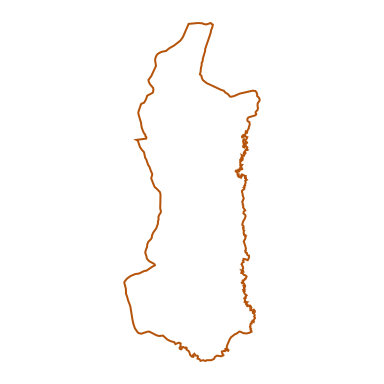 outline of Samfya, Luapula, Zambia
{"feature_id": "96606910B51649803270254", "entity_name": "Samfya", "entity_type": "district", "adm_level": 2, "iso_a3": "ZMB", "parent_name": "Zambia", "parent_adm1": "Luapula", "projection": "robinson", "projection_center": [29.71, -11.747], "detail": "fine", "context": "isolated", "style": "outline", "palette": "amber", "viewbox_px": 384, "rotation_deg": 0, "n_neighbors": 0, "source": "geoboundaries", "source_scale": "gbopen_adm2", "svg_char_len": 6065}
<svg xmlns="http://www.w3.org/2000/svg" viewBox="0 0 384 384"><path d="M188.6,23.9L183.0,36.9L180.4,40.6L174.0,45.6L169.2,48.3L166.1,50.9L161.9,51.8L159.3,52.9L157.1,54.5L155.9,56.7L155.2,58.9L155.2,60.9L156.0,65.9L151.2,76.2L148.5,79.8L148.6,81.2L149.8,84.0L153.1,87.9L153.4,89.4L153.1,91.9L152.5,92.9L147.2,95.7L146.1,99.1L144.2,102.6L141.4,103.8L140.9,104.5L138.5,111.6L138.3,112.6L138.5,114.3L141.0,122.7L141.6,127.2L143.0,131.1L144.2,133.5L145.2,134.5L145.4,136.1L146.4,137.3L146.2,138.6L136.4,139.9L137.5,140.5L138.1,141.5L140.0,147.1L142.0,150.0L144.0,152.2L145.2,157.8L146.3,159.5L148.1,164.9L149.4,166.7L151.2,171.8L152.1,173.4L152.2,174.8L151.2,178.3L153.5,184.3L154.8,187.2L156.4,188.4L160.0,192.2L160.5,194.7L160.2,208.3L160.8,210.8L160.8,212.5L159.0,215.2L158.4,217.0L158.6,219.1L158.0,221.5L157.9,223.7L156.3,228.3L153.1,232.8L152.0,235.5L151.8,237.6L151.0,239.1L148.4,241.7L147.3,244.1L147.0,247.2L146.0,249.4L145.2,252.6L146.4,256.2L146.8,258.4L147.1,258.9L149.2,261.2L153.8,263.7L154.7,264.5L154.9,265.3L152.0,266.9L146.4,270.7L144.5,270.9L138.8,273.6L135.4,274.0L130.6,276.0L126.9,278.7L124.4,281.9L124.3,282.8L125.9,288.9L126.0,293.7L127.1,296.6L128.0,300.1L130.3,306.2L132.3,318.7L133.3,323.7L134.9,328.3L137.5,332.1L138.6,333.1L141.3,333.7L147.4,331.7L149.3,331.6L156.5,335.3L159.0,336.0L163.0,335.6L167.3,339.5L170.4,341.1L174.3,342.2L175.4,344.1L178.7,342.7L180.2,343.1L180.7,343.5L180.5,344.3L180.7,346.1L179.6,347.7L179.7,348.6L180.4,349.2L181.3,349.3L182.5,347.1L183.2,347.0L184.6,347.8L186.0,347.5L186.6,347.8L186.7,348.2L186.3,348.9L186.5,349.6L188.5,350.9L189.3,352.1L190.2,355.0L191.8,356.6L193.3,356.9L193.5,356.6L192.9,355.2L194.4,353.8L195.6,355.6L197.5,355.8L197.9,356.3L197.9,357.1L197.5,358.6L199.5,359.2L200.5,360.8L203.3,360.2L205.4,361.0L206.8,360.2L211.3,360.2L214.0,358.9L215.1,356.8L217.1,355.6L220.7,356.3L223.0,355.6L223.5,355.1L222.2,353.4L222.2,352.4L221.8,351.8L222.0,351.4L223.8,351.0L225.1,351.1L225.4,350.5L225.3,349.0L226.0,348.9L227.2,350.5L228.2,350.8L228.5,350.2L227.1,348.7L226.7,347.5L227.0,345.6L229.8,339.1L231.2,337.1L235.0,334.2L236.8,333.5L238.8,331.9L239.8,331.5L243.4,333.1L246.5,333.5L249.6,332.7L251.4,331.8L250.9,331.3L251.3,330.8L250.5,329.6L251.0,328.8L250.4,328.2L250.5,326.9L250.0,326.7L250.4,325.8L250.4,324.4L250.7,323.7L251.7,323.5L251.5,322.2L252.3,321.8L252.4,321.2L253.7,322.0L253.9,321.2L253.4,320.2L254.9,318.3L255.0,317.7L254.1,316.5L254.5,316.0L254.7,314.9L253.7,313.1L253.0,313.0L252.9,312.5L254.3,311.5L254.8,311.7L254.9,311.0L253.8,309.7L252.2,310.6L251.5,310.1L250.4,310.2L250.4,308.7L251.2,308.2L251.4,307.6L250.5,305.9L250.2,305.7L249.5,306.4L249.1,305.6L248.2,305.5L247.6,306.2L247.3,306.2L246.4,304.7L247.3,304.6L246.2,303.3L247.3,302.2L245.6,302.0L245.1,302.3L244.6,302.0L245.2,300.2L244.3,298.4L245.7,298.0L245.8,297.5L245.4,297.3L245.4,296.6L246.6,295.4L244.9,294.0L243.5,291.3L244.7,291.0L244.5,290.3L243.5,289.6L244.6,289.0L243.9,287.8L243.9,286.7L243.5,285.8L244.0,285.7L245.0,286.5L245.2,285.9L244.1,283.8L243.2,283.2L242.1,283.2L241.9,282.7L243.2,282.6L243.3,281.9L242.7,281.4L242.7,280.5L244.5,279.9L244.8,278.9L245.5,278.9L246.6,276.5L245.7,275.5L243.6,274.7L242.4,273.1L241.3,272.9L241.5,272.2L242.8,271.9L241.8,270.6L243.1,271.0L242.5,269.5L243.2,268.0L242.7,266.2L242.2,265.8L242.2,265.1L241.5,264.3L242.5,262.6L243.6,262.0L243.0,260.5L243.5,260.2L243.5,258.9L245.7,259.3L247.7,260.2L248.7,258.4L249.1,256.5L248.9,255.5L247.6,255.2L247.2,254.7L246.8,252.9L246.1,252.9L245.5,252.2L245.2,250.8L245.8,250.5L245.6,249.8L245.9,248.7L245.2,245.6L243.7,241.4L245.2,238.9L245.5,237.6L245.2,236.8L245.8,236.1L245.2,235.9L245.3,235.2L244.2,235.0L243.9,234.4L244.0,233.7L243.6,232.9L243.8,231.3L244.2,230.6L243.5,230.1L243.3,228.9L243.6,228.4L243.5,228.2L243.1,228.3L243.0,227.7L243.6,227.3L243.6,226.8L243.3,225.8L242.4,225.2L242.3,224.3L243.2,221.2L244.6,219.0L245.6,216.3L245.3,215.0L243.4,213.3L243.8,211.5L245.2,210.4L243.1,207.4L243.3,205.5L242.7,204.7L242.8,203.5L242.3,202.2L242.3,201.3L243.0,200.7L243.0,199.9L243.8,198.6L242.6,195.0L242.7,194.5L241.9,191.2L242.2,190.5L244.3,189.0L244.3,187.9L243.8,187.5L244.5,187.1L244.2,186.1L245.2,185.5L244.9,184.6L245.7,182.6L245.2,180.9L246.6,179.9L246.0,179.6L246.0,178.5L245.4,178.6L245.0,178.3L245.0,178.0L245.7,178.2L245.7,176.0L245.3,176.0L244.9,176.8L244.4,175.6L242.6,174.7L241.4,176.9L241.1,175.7L240.3,177.4L238.5,176.7L238.3,176.4L238.8,176.1L238.7,174.6L237.7,175.0L237.2,172.3L235.7,171.4L235.7,171.0L236.1,170.5L236.4,170.6L238.0,171.8L238.3,171.5L237.6,170.6L238.2,169.7L239.4,170.8L239.9,168.9L240.4,169.6L242.2,169.1L242.1,168.5L240.6,167.5L241.2,167.0L240.5,165.8L241.7,165.5L242.1,164.9L240.4,164.7L240.3,164.4L240.2,159.7L240.7,159.3L241.0,159.4L241.3,160.9L242.6,159.9L242.8,158.2L241.3,157.8L241.3,157.6L242.3,157.3L241.7,155.1L243.0,155.8L244.0,155.7L244.2,154.7L245.5,153.2L245.4,152.8L243.8,153.2L243.8,152.6L245.7,150.0L247.2,150.1L247.7,149.8L246.6,148.6L247.3,147.3L246.6,146.9L245.5,145.3L245.0,145.6L244.3,147.5L243.3,147.1L243.1,146.4L243.7,144.8L246.3,143.6L247.1,142.7L246.8,142.1L245.8,142.0L245.2,143.5L243.5,143.1L243.1,141.4L243.4,139.5L243.9,139.2L244.3,140.4L245.0,140.6L246.3,139.4L247.3,137.2L246.0,136.8L245.4,135.8L242.5,137.3L242.2,137.3L242.0,136.7L242.6,135.5L243.5,135.0L244.4,135.2L245.4,134.0L245.8,131.6L246.2,131.9L246.4,132.9L247.1,132.8L247.3,130.7L248.8,128.3L248.8,126.8L249.5,125.6L249.7,124.0L249.4,122.1L247.9,121.3L247.3,120.2L247.5,118.6L248.2,117.7L249.0,117.2L254.9,115.5L256.0,114.7L256.3,114.0L255.7,113.2L255.6,112.1L257.5,109.9L258.0,108.2L257.5,105.8L257.7,103.3L259.4,100.9L259.7,99.5L258.8,97.5L257.2,96.2L257.1,93.9L256.4,92.2L255.4,91.0L252.6,90.7L239.8,93.6L234.2,96.0L231.5,96.7L230.1,96.7L227.8,94.0L225.4,92.6L223.8,90.7L221.4,90.0L206.8,83.2L202.9,80.1L201.8,77.9L201.5,75.9L199.9,74.4L200.6,71.7L201.0,67.3L201.6,65.8L201.7,62.9L202.6,61.3L202.8,58.9L205.1,51.0L205.2,48.9L210.6,33.1L211.1,30.3L212.4,27.0L212.8,24.6L211.9,24.2L210.7,23.0L206.5,24.4L203.9,24.1L202.3,23.3L198.0,23.0L188.6,23.9Z" fill="none" stroke="#b45309" stroke-width="2"/></svg>